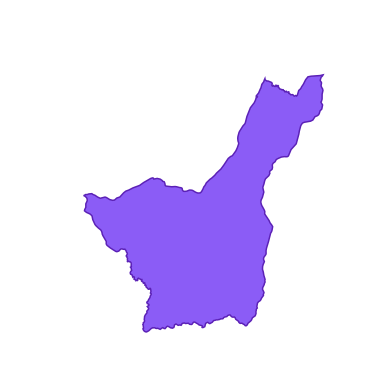 Gramalote, Norte de Santander, Colombia, rotated 15°
{"feature_id": "7082276B79759351892692", "entity_name": "Gramalote", "entity_type": "district", "adm_level": 2, "iso_a3": "COL", "parent_name": "Colombia", "parent_adm1": "Norte de Santander", "projection": "robinson", "projection_center": [-72.809, 7.922], "detail": "fine", "context": "isolated", "style": "filled", "palette": "violet", "viewbox_px": 384, "rotation_deg": 15, "n_neighbors": 0, "source": "geoboundaries", "source_scale": "gbopen_adm2", "svg_char_len": 6037}
<svg xmlns="http://www.w3.org/2000/svg" viewBox="0 0 384 384"><g transform="rotate(15 192 192)"><path d="M95.7,219.5L92.8,220.6L91.4,221.6L90.1,221.9L89.5,222.3L89.0,223.2L88.1,223.4L89.8,223.8L91.5,224.7L92.2,225.4L92.9,226.9L93.0,227.9L92.5,230.9L93.4,234.3L92.9,236.8L93.0,238.0L95.3,239.0L99.0,239.6L101.1,240.6L101.8,241.3L103.3,244.4L106.7,248.5L107.9,249.4L111.0,251.1L113.6,252.2L114.7,253.2L115.7,254.7L116.1,255.8L117.3,257.3L122.0,262.0L122.6,264.4L123.8,265.6L127.9,267.3L133.7,269.1L134.9,269.1L136.6,268.0L137.6,266.1L138.2,265.4L139.0,265.1L140.6,265.1L142.0,264.6L142.3,265.0L143.3,265.5L144.1,266.8L145.0,267.5L145.6,268.6L145.0,270.8L145.8,271.1L146.1,272.0L146.9,272.7L147.1,274.2L147.5,274.9L147.6,275.9L147.9,276.0L148.8,275.3L149.7,275.6L150.7,275.5L151.5,276.2L152.1,277.4L152.1,278.4L152.7,279.4L152.7,279.7L152.0,280.5L153.1,281.4L153.2,282.0L154.0,283.2L153.3,284.9L153.2,286.0L153.7,287.0L154.0,287.3L154.9,287.3L155.4,287.5L156.9,289.6L157.4,288.9L158.1,289.0L158.5,289.6L158.5,291.1L158.9,291.1L159.6,291.5L160.3,291.5L160.8,292.2L161.5,291.5L162.3,291.6L162.4,291.4L162.1,290.4L162.1,289.6L162.3,289.3L162.8,289.1L163.5,289.5L164.5,289.5L165.1,289.9L166.2,289.5L166.5,290.1L166.3,290.7L166.4,291.2L168.2,291.8L168.7,292.7L169.6,292.0L169.8,292.0L170.2,292.9L170.6,293.3L170.6,294.1L171.4,294.0L171.7,294.1L172.0,295.2L172.6,295.9L173.4,296.1L174.4,296.9L175.2,297.2L175.8,297.0L176.4,295.9L176.8,296.0L177.2,296.5L178.1,298.7L178.0,300.4L178.9,300.8L179.1,301.4L178.6,303.4L178.7,304.9L177.9,307.2L177.7,308.9L177.0,309.8L176.9,310.2L177.7,311.4L179.0,311.6L179.6,312.1L179.6,312.8L178.4,314.2L180.0,315.4L180.3,315.9L180.2,316.8L179.3,318.5L179.3,319.2L179.7,320.0L179.7,320.5L179.4,321.4L178.9,322.1L178.4,324.4L178.9,327.6L179.4,328.4L179.6,329.3L179.5,329.9L178.8,330.8L179.1,332.0L178.8,332.7L179.4,333.5L180.3,335.8L180.4,336.3L180.0,336.9L180.8,337.9L181.8,338.7L183.1,339.1L184.4,338.9L186.1,337.3L187.8,334.6L189.3,333.2L190.0,333.2L190.8,332.8L192.7,333.1L194.2,332.5L196.8,332.9L198.8,330.6L199.5,330.7L200.4,331.1L201.4,330.9L202.5,328.5L203.1,328.0L204.6,328.1L206.3,328.7L208.3,328.6L209.5,327.6L209.6,326.7L209.5,324.9L210.6,323.7L211.0,323.7L213.1,324.4L214.8,323.5L215.9,323.6L216.2,323.2L216.5,321.5L218.5,320.5L219.8,320.7L222.4,319.7L224.0,320.4L225.8,320.1L226.4,319.5L227.0,317.6L227.7,317.1L228.7,317.0L230.3,317.6L231.3,317.7L233.3,318.6L236.2,318.5L236.6,318.8L236.8,320.2L237.6,320.2L239.2,318.8L239.2,315.5L240.0,314.4L241.0,313.8L242.6,314.5L243.3,314.5L245.3,312.6L246.0,311.0L246.4,310.4L247.3,310.1L248.6,309.2L250.1,308.8L251.0,308.2L251.7,308.0L252.5,307.1L253.8,306.8L254.8,306.2L255.0,305.3L255.8,304.4L257.9,303.3L258.6,301.9L260.1,301.0L260.9,301.0L262.1,302.0L263.0,302.3L263.9,302.3L265.3,301.8L266.0,302.1L267.2,303.6L270.2,304.8L270.7,305.1L271.0,305.8L272.0,306.3L272.6,306.4L273.9,305.9L274.8,305.9L275.7,306.4L276.8,306.5L277.9,307.3L278.8,307.3L279.8,306.0L280.0,304.4L282.1,301.4L282.6,300.2L282.9,297.9L285.1,295.2L285.3,292.9L284.7,290.9L284.7,289.6L284.5,288.9L284.7,287.8L285.1,287.2L284.3,285.9L284.0,282.3L284.7,280.7L285.9,279.4L286.3,278.5L286.7,276.3L287.8,273.5L287.4,272.7L287.6,270.6L286.7,269.3L285.5,268.1L285.0,266.3L285.7,262.7L285.6,261.7L285.9,260.0L285.3,259.0L285.2,257.5L282.9,253.8L281.6,250.9L280.1,248.4L279.5,245.8L279.5,243.6L279.9,240.7L279.9,240.4L278.8,239.0L278.4,238.1L278.3,236.6L279.5,233.3L279.5,232.3L278.7,229.5L278.5,226.9L278.7,220.0L278.6,211.5L279.1,209.8L279.2,208.5L278.9,204.6L277.5,203.2L275.3,201.5L273.8,199.6L267.9,194.4L267.3,191.8L266.0,190.2L262.7,186.8L261.3,184.5L260.9,183.1L260.9,181.6L261.4,179.0L261.4,173.5L259.4,169.7L259.2,168.8L259.4,165.6L259.3,162.2L259.6,160.2L262.0,156.3L262.4,153.8L261.8,152.8L261.8,151.7L263.4,149.5L263.5,149.0L263.4,147.4L262.6,145.2L262.6,144.3L263.0,143.1L264.4,141.3L265.0,138.8L266.4,137.4L269.3,135.1L271.9,134.0L274.5,133.4L275.2,133.0L275.8,132.2L276.7,125.4L280.2,118.5L280.2,108.5L279.9,105.3L279.9,99.7L280.8,96.9L282.4,95.6L288.2,92.9L290.1,91.2L291.3,87.4L293.3,85.9L294.3,84.6L294.6,83.3L294.7,80.5L295.9,78.3L295.6,74.1L293.4,72.0L293.3,71.6L293.6,70.7L293.6,68.6L292.4,63.9L292.2,60.0L291.4,58.5L290.1,57.3L289.4,56.3L289.1,55.5L288.9,53.2L288.5,52.5L287.2,51.4L286.9,50.7L287.0,47.8L288.0,46.1L288.3,44.9L285.5,46.4L277.1,49.3L274.2,50.7L272.7,54.1L271.7,59.0L270.7,61.9L270.2,64.1L268.8,66.3L268.7,71.1L268.2,72.2L267.2,71.9L266.3,72.8L265.6,72.8L264.4,72.0L263.9,71.9L262.2,72.5L261.0,71.8L260.0,71.7L259.9,70.7L259.5,70.2L258.2,70.9L257.8,70.9L256.9,70.3L256.4,71.0L255.8,71.2L255.0,70.3L254.0,70.2L253.6,69.6L251.9,70.0L251.4,69.7L250.0,69.7L249.2,68.9L248.2,68.5L248.1,67.3L247.7,66.9L247.2,67.0L246.8,67.7L246.4,68.0L246.1,67.8L245.9,67.2L245.5,67.1L245.2,68.4L244.9,68.6L244.3,68.6L243.3,68.0L242.7,68.8L242.2,68.8L241.8,68.6L241.6,68.1L241.5,66.9L241.3,66.3L240.6,65.6L236.9,65.1L235.3,65.4L233.6,64.7L233.1,63.6L232.8,65.4L232.8,66.9L231.6,69.9L231.6,73.8L231.3,74.9L230.7,79.2L229.2,82.5L229.4,83.3L230.1,82.8L230.5,83.0L230.5,83.4L229.6,84.6L229.5,86.9L229.0,89.7L226.6,95.5L225.5,104.9L225.6,111.3L225.4,112.5L224.1,115.0L222.2,121.2L222.0,122.5L222.0,126.4L222.3,128.3L223.2,130.8L224.4,132.6L224.6,133.5L224.3,137.7L223.7,141.0L221.7,146.2L221.1,147.0L220.1,147.7L218.3,150.2L215.8,157.7L214.0,162.3L210.8,167.4L209.7,169.9L207.4,173.5L206.1,175.0L203.5,179.4L202.9,182.2L202.1,184.0L201.8,186.3L201.1,189.2L200.3,190.6L199.0,191.2L197.6,191.5L195.6,191.3L192.1,190.3L190.6,190.4L189.0,190.8L186.8,192.5L185.1,193.2L183.6,193.5L182.4,192.8L181.5,191.0L180.3,190.7L179.0,190.9L175.8,190.9L174.3,191.1L171.0,192.2L165.5,193.0L164.5,192.7L163.5,190.6L162.6,189.4L162.2,189.2L160.9,189.3L160.2,188.6L158.0,187.8L154.8,187.9L151.8,189.4L151.2,188.6L150.2,188.6L148.6,189.6L142.8,195.4L139.7,199.2L133.9,203.3L130.4,206.5L127.8,208.3L126.2,210.5L123.6,215.5L120.9,217.3L119.2,219.9L117.4,220.6L114.5,220.6L110.9,219.5L109.3,219.4L105.0,221.8L102.1,221.3L99.3,220.3L96.8,220.0L95.7,219.5Z" fill="#8b5cf6" stroke="#5b21b6" stroke-width="1.5"/></g></svg>